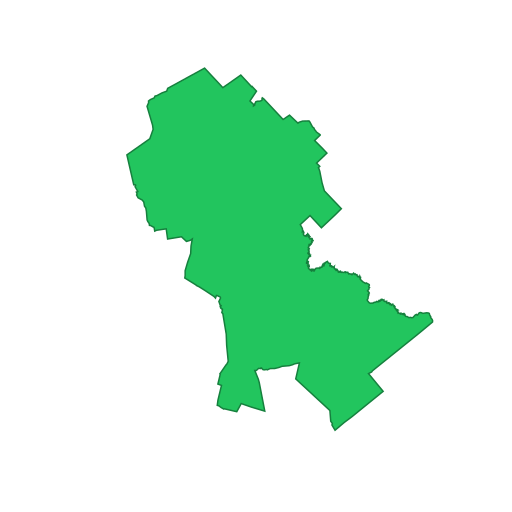 outline of Dragodana, Dâmbovita, Romania, rotated 135°
{"feature_id": "2599482B2320004497345", "entity_name": "Dragodana", "entity_type": "district", "adm_level": 2, "iso_a3": "ROU", "parent_name": "Romania", "parent_adm1": "Dâmbovita", "projection": "mercator", "projection_center": [25.385, 44.759], "detail": "fine", "context": "isolated", "style": "filled", "palette": "green", "viewbox_px": 512, "rotation_deg": 135, "n_neighbors": 0, "source": "geoboundaries", "source_scale": "gbopen_adm2", "svg_char_len": 6146}
<svg xmlns="http://www.w3.org/2000/svg" viewBox="0 0 512 512"><g transform="rotate(135 256 256)"><path d="M248.2,414.0L275.8,418.8L292.1,392.8L290.9,391.5L291.2,391.0L292.5,390.5L294.0,385.1L295.4,385.8L296.2,383.9L297.3,383.6L298.2,380.5L296.9,376.0L297.2,373.5L299.6,370.1L300.0,367.8L302.0,365.0L307.5,358.5L308.1,357.0L308.6,354.4L309.7,353.0L308.9,351.9L308.2,349.1L307.9,348.8L307.9,348.2L310.0,345.2L308.1,344.5L300.3,338.7L306.5,330.5L295.1,322.3L294.9,315.5L291.3,313.5L289.0,313.1L294.9,309.0L300.5,303.9L309.0,299.8L316.5,295.7L320.0,292.2L321.9,290.8L318.9,277.9L319.0,277.3L318.0,274.5L316.4,267.4L314.3,257.1L314.4,254.9L311.9,256.1L311.6,255.9L310.3,252.4L310.4,252.0L310.9,251.3L314.4,250.1L316.0,246.8L315.8,245.7L316.9,245.8L317.1,245.4L316.9,245.0L317.6,244.5L317.5,244.0L317.8,243.8L317.7,242.8L317.3,242.3L317.8,241.7L320.2,240.1L320.2,238.7L332.3,221.8L339.9,213.6L350.1,201.2L353.0,200.2L354.1,200.2L364.9,198.2L365.0,197.6L373.5,192.4L371.9,188.9L384.8,181.0L389.0,177.8L388.2,176.3L387.8,173.4L387.0,170.5L386.4,170.3L379.7,159.5L370.8,162.1L366.2,152.6L359.5,140.1L343.2,164.2L341.5,167.2L337.8,175.9L336.7,174.8L333.6,174.7L332.3,173.1L331.8,173.4L331.3,173.0L331.4,170.7L330.7,169.7L328.7,168.2L328.5,167.5L325.6,166.4L322.3,163.2L318.5,160.9L315.6,159.6L310.0,154.9L306.9,153.2L305.0,152.5L300.9,149.7L314.8,141.0L313.0,94.5L320.0,86.3L320.4,83.9L320.7,83.3L321.7,82.9L321.9,82.5L323.3,76.9L311.3,75.9L301.6,74.5L261.8,70.4L259.6,93.3L256.2,92.2L254.9,92.5L196.3,86.2L177.9,84.5L176.9,85.3L176.3,86.6L176.0,89.0L175.3,89.6L175.0,91.3L174.1,92.8L174.2,93.5L175.4,95.1L178.5,97.4L179.5,99.6L180.3,100.2L180.9,100.4L183.6,100.0L183.9,100.5L183.9,101.3L185.3,101.7L188.5,101.5L189.5,102.2L190.2,103.4L191.5,104.3L191.9,106.3L192.9,107.5L192.7,108.5L192.2,109.1L192.9,109.6L192.9,110.0L192.0,110.1L192.0,110.6L193.3,110.5L193.5,110.7L193.5,111.0L192.9,111.3L194.6,112.5L194.0,113.2L195.1,113.6L195.5,114.6L195.1,115.3L195.8,115.4L195.3,116.3L195.1,117.9L193.8,117.3L193.9,118.1L194.4,118.5L194.4,119.3L194.8,119.4L194.8,119.8L194.5,120.5L194.6,121.3L193.7,121.7L194.1,122.3L193.7,122.6L193.9,122.9L193.4,123.1L193.7,124.6L193.4,125.2L194.1,125.3L194.0,125.6L194.2,125.8L195.1,125.6L195.0,126.9L195.4,127.1L194.8,127.5L195.6,128.5L195.0,128.7L195.0,129.1L196.7,130.0L196.6,130.5L196.2,130.9L196.3,131.2L195.6,131.6L196.2,132.2L197.0,132.5L197.4,133.4L196.6,134.5L197.1,134.6L197.3,135.5L198.1,135.8L198.1,136.1L197.6,136.3L197.9,136.7L198.4,136.9L199.1,136.4L199.6,136.8L199.9,136.6L200.1,137.4L200.3,137.6L200.9,137.5L200.6,136.6L201.7,136.9L202.1,137.6L202.6,137.8L202.7,138.5L204.3,138.8L205.2,139.7L206.8,140.0L207.1,140.6L208.3,141.4L209.0,142.7L208.8,145.6L208.4,146.4L206.9,146.7L205.5,147.9L203.8,148.7L204.1,149.2L203.8,149.5L202.1,149.7L201.8,150.6L201.8,152.5L199.6,152.7L198.7,153.5L198.1,153.4L198.0,154.7L196.6,155.1L196.2,155.6L196.2,156.1L197.1,159.0L197.8,159.0L198.1,159.5L198.1,160.1L198.7,162.0L198.6,163.2L198.9,163.9L198.7,164.6L198.7,165.8L197.1,167.0L197.3,167.6L196.9,168.4L198.0,167.9L198.0,169.2L198.7,169.6L198.4,170.2L198.4,170.6L197.9,171.3L198.3,171.5L198.5,173.0L199.0,172.8L199.3,173.2L199.1,174.9L201.4,174.9L201.5,175.3L201.3,175.8L201.9,176.2L202.1,176.9L203.1,177.8L202.8,178.1L203.0,178.7L202.6,179.5L203.4,180.5L204.3,180.9L204.0,181.6L204.2,181.9L205.3,182.0L206.2,183.0L206.3,183.5L207.2,184.0L207.4,184.4L207.0,185.1L207.1,185.7L208.1,185.4L208.3,186.1L208.8,185.9L209.1,186.2L208.4,186.7L208.9,188.1L208.4,188.2L208.2,189.0L208.4,189.3L208.3,189.5L208.6,189.6L209.1,189.5L209.1,189.1L209.5,189.3L208.9,190.2L209.3,190.5L209.1,190.9L209.5,191.5L208.8,192.5L208.9,192.9L208.2,193.3L209.5,193.4L209.4,194.6L210.0,194.8L209.6,195.2L209.6,195.7L209.9,196.2L210.8,196.3L210.6,197.1L209.7,197.3L208.7,198.2L209.3,198.9L209.8,200.0L209.3,201.7L211.7,202.4L212.1,202.0L212.6,202.1L212.8,202.5L213.1,202.2L213.7,202.6L214.0,201.5L214.9,201.1L215.1,201.9L215.8,201.7L215.5,202.5L217.6,201.6L218.7,202.8L219.6,202.1L219.9,202.2L220.3,203.3L222.2,204.9L223.7,204.7L224.4,205.5L224.8,204.5L225.5,204.3L226.6,206.1L226.3,206.4L225.5,206.3L225.4,206.6L226.8,206.9L226.9,206.2L227.4,206.1L227.5,207.7L226.9,207.9L227.6,208.3L227.5,208.9L227.7,210.0L227.0,210.7L226.7,211.6L226.1,211.5L226.2,212.2L225.8,212.0L225.6,211.2L224.9,212.1L225.4,212.8L225.2,213.5L224.1,214.1L224.3,214.6L225.4,215.1L225.1,215.5L224.6,215.7L224.3,214.8L223.0,215.0L223.0,215.4L223.6,215.9L223.5,216.3L222.3,217.2L219.9,217.7L219.5,218.1L218.7,218.1L218.5,217.8L217.9,218.2L217.8,217.4L217.5,217.4L217.4,218.0L216.9,218.2L217.6,219.0L217.5,220.1L216.9,219.5L216.6,219.7L217.2,221.3L216.6,221.5L215.8,221.1L214.9,222.1L215.0,222.5L214.0,223.1L214.6,223.4L214.4,223.7L213.6,224.0L213.5,223.4L213.2,223.5L213.4,224.4L213.1,225.0L212.4,225.0L211.8,225.8L211.1,225.5L210.4,226.5L210.1,226.1L210.2,225.7L210.4,225.7L210.3,225.4L209.5,225.5L209.0,226.0L208.7,225.5L208.3,225.9L206.9,225.8L206.7,226.5L205.7,226.7L205.9,227.2L205.3,227.2L205.0,226.5L204.7,226.6L204.9,227.5L204.7,228.3L204.2,228.2L204.0,228.7L204.3,229.2L205.7,229.8L205.2,230.3L205.5,231.4L204.3,231.6L205.2,232.8L204.7,233.1L203.9,233.0L203.7,235.2L204.4,234.9L205.0,235.2L205.4,234.3L206.1,234.5L206.3,235.0L206.8,234.7L207.1,235.9L207.5,236.0L207.6,236.7L207.0,238.2L205.8,238.5L205.4,239.0L205.5,239.3L205.1,240.0L206.1,240.3L204.8,241.3L203.7,242.8L202.5,246.9L189.2,246.4L189.8,229.7L170.6,229.1L162.2,229.1L161.6,253.7L157.5,261.1L151.0,270.8L149.8,273.2L149.5,274.3L147.5,274.3L147.5,278.9L133.1,278.6L132.9,284.5L132.9,296.2L125.1,296.1L124.9,296.4L125.6,301.0L125.2,302.8L125.3,303.7L124.5,305.7L124.8,307.2L123.1,312.8L123.0,314.0L127.6,318.4L130.9,320.1L132.4,320.3L132.7,331.9L140.3,333.4L139.4,361.6L139.7,363.4L140.3,363.2L141.4,362.0L142.6,362.2L143.7,362.7L145.6,364.5L147.0,365.2L149.4,364.4L150.3,363.6L151.6,363.9L150.5,364.8L150.7,369.9L139.1,372.2L138.9,378.7L139.4,378.7L139.4,379.1L138.8,394.7L160.4,398.5L159.5,425.2L199.9,437.0L202.6,435.7L207.1,437.8L212.7,439.5L214.3,440.5L216.2,439.8L220.1,441.3L222.4,441.6L223.6,440.3L227.2,438.9L236.6,421.7L239.2,418.3L248.2,414.0Z" fill="#22c55e" stroke="#15803d" stroke-width="1.5"/></g></svg>